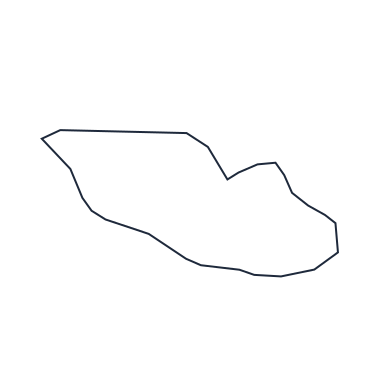 SVG path tracing the border of New Providence, rotated 211°
{"feature_id": "BHS-5009", "entity_name": "New Providence", "entity_type": "Capital", "adm_level": 1, "iso_a3": "BHS", "parent_name": "The Bahamas", "parent_adm1": "", "projection": "equal_earth", "projection_center": [-77.439, 25.036], "detail": "fine", "context": "isolated", "style": "outline", "palette": "slate", "viewbox_px": 384, "rotation_deg": 211, "n_neighbors": 0, "source": "natural_earth", "source_scale": "10m", "svg_char_len": 471}
<svg xmlns="http://www.w3.org/2000/svg" viewBox="0 0 384 384"><g transform="rotate(211 192 192)"><path d="M121.7,254.0L105.8,242.8L85.5,240.2L66.1,240.8L53.0,239.2L35.8,215.4L47.2,188.5L72.2,165.5L96.0,153.0L111.3,149.8L146.7,133.8L162.7,131.7L207.5,133.8L252.0,123.9L268.4,124.2L282.9,130.5L308.1,149.1L348.2,160.3L336.8,177.2L227.0,239.7L201.6,238.8L168.1,221.0L162.1,232.7L150.1,249.4L135.5,260.1L121.7,254.0Z" fill="none" stroke="#1e293b" stroke-width="2"/></g></svg>